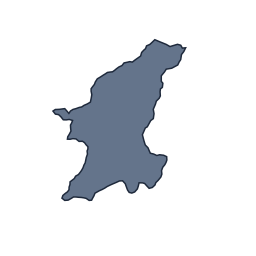 Gonçalves, Minas Gerais, Brazil, rotated 320°
{"feature_id": "56859067B77873269175892", "entity_name": "Gonçalves", "entity_type": "district", "adm_level": 2, "iso_a3": "BRA", "parent_name": "Brazil", "parent_adm1": "Minas Gerais", "projection": "mercator", "projection_center": [-45.837, -22.682], "detail": "fine", "context": "isolated", "style": "filled", "palette": "slate", "viewbox_px": 256, "rotation_deg": 320, "n_neighbors": 0, "source": "geoboundaries", "source_scale": "gbopen_adm2", "svg_char_len": 2214}
<svg xmlns="http://www.w3.org/2000/svg" viewBox="0 0 256 256"><g transform="rotate(320 128 128)"><path d="M51.7,158.5L53.7,159.9L55.8,159.0L58.2,158.1L60.8,156.7L63.4,157.2L65.6,157.6L68.7,158.5L71.6,159.1L74.3,159.4L77.5,160.2L80.3,161.0L83.9,162.1L87.5,163.1L89.9,165.0L90.1,168.9L88.9,172.1L87.8,175.2L87.5,178.1L89.1,180.3L92.0,181.3L96.0,180.7L98.7,179.0L101.2,177.1L103.8,179.3L105.1,181.2L105.2,184.3L105.4,187.8L108.4,189.2L112.0,189.0L114.2,187.7L117.3,187.5L121.6,186.7L124.3,185.1L126.3,182.2L129.4,180.4L132.6,179.8L135.0,178.8L137.2,177.5L139.2,174.8L137.8,171.8L135.0,168.8L132.4,167.6L130.9,164.4L128.9,161.7L129.7,158.8L130.6,156.0L130.3,152.1L132.0,148.0L134.7,142.4L141.3,139.1L143.5,139.5L150.2,136.9L153.4,137.1L157.1,133.8L159.4,129.9L164.3,127.4L167.0,125.6L170.9,125.3L173.4,124.2L175.9,120.8L178.0,118.9L180.4,119.0L183.5,116.1L183.5,113.7L185.2,111.6L187.1,109.4L192.0,108.5L195.1,107.5L199.9,110.3L206.6,111.7L209.6,110.3L212.3,109.5L216.2,106.1L219.9,105.3L223.7,103.6L221.0,101.7L221.6,98.5L219.7,95.7L212.5,92.6L211.0,88.5L207.6,82.1L205.3,77.6L201.1,77.9L198.4,78.0L195.0,77.0L192.4,78.5L190.2,78.5L187.0,78.9L183.9,81.0L180.5,80.7L176.8,80.4L173.7,80.3L172.0,78.3L169.8,77.2L166.8,75.6L163.5,76.3L160.3,75.4L157.1,75.2L154.6,75.2L152.3,75.0L150.2,73.6L147.9,72.2L145.7,72.0L143.1,71.6L139.7,71.2L136.1,70.6L132.6,71.7L130.3,73.0L127.9,73.5L125.0,74.2L123.4,76.1L121.7,79.2L118.9,81.6L115.8,84.0L112.3,83.4L108.9,82.4L106.0,82.1L103.9,80.9L100.6,79.7L97.8,78.4L94.8,78.0L92.1,78.8L92.1,75.8L92.0,72.5L89.8,71.1L87.3,69.5L84.2,67.1L81.4,66.8L81.3,70.7L83.4,73.1L83.8,76.1L83.7,80.1L85.8,82.0L88.5,83.7L90.4,86.6L88.1,87.9L85.8,88.8L84.2,90.9L82.3,93.7L78.9,95.1L76.2,96.0L74.4,97.6L76.4,99.4L78.9,100.7L81.1,102.9L81.9,106.8L84.6,108.9L85.3,111.3L85.1,114.1L85.3,116.5L83.8,118.3L81.9,119.3L80.1,122.0L77.2,123.7L74.8,125.6L72.8,127.2L70.4,128.1L68.1,129.5L65.3,130.6L63.0,131.2L60.1,131.8L56.9,131.2L54.4,132.2L51.5,132.1L49.0,132.0L47.2,134.0L44.9,135.4L43.1,137.4L40.5,138.0L37.9,137.8L34.8,137.8L32.3,139.3L33.0,142.8L35.8,144.8L39.0,145.4L41.9,145.8L43.9,147.5L45.5,149.2L47.6,151.2L49.2,153.0L50.7,155.0L51.7,158.5Z" fill="#64748b" stroke="#1e293b" stroke-width="1.5"/></g></svg>